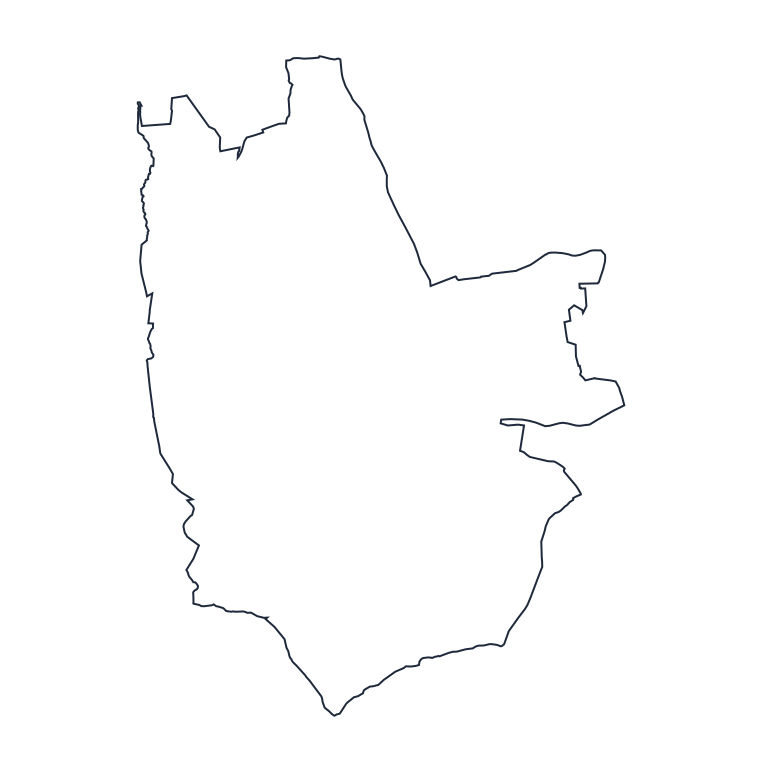 Voila, Brasov, Romania, rotated 178°
{"feature_id": "2599482B13078719041336", "entity_name": "Voila", "entity_type": "district", "adm_level": 2, "iso_a3": "ROU", "parent_name": "Romania", "parent_adm1": "Brasov", "projection": "albers", "projection_center": [24.863, 45.81], "detail": "fine", "context": "isolated", "style": "outline", "palette": "slate", "viewbox_px": 768, "rotation_deg": 178, "n_neighbors": 0, "source": "geoboundaries", "source_scale": "gbopen_adm2", "svg_char_len": 6140}
<svg xmlns="http://www.w3.org/2000/svg" viewBox="0 0 768 768"><g transform="rotate(178 384 384)"><path d="M573.6,678.7L585.9,677.1L587.0,666.0L586.3,664.6L587.8,654.9L588.6,651.4L616.9,650.3L618.2,659.1L618.4,662.8L618.1,663.7L618.2,665.5L617.7,670.0L618.4,670.0L618.5,670.2L618.0,670.8L616.7,670.7L618.4,674.1L620.2,674.0L620.3,672.7L619.1,670.7L619.3,669.8L619.8,669.1L620.1,667.5L619.5,665.7L620.2,664.8L620.4,662.1L620.5,655.3L621.1,650.6L621.2,646.0L620.5,643.7L615.8,640.5L615.4,638.0L611.5,633.3L610.7,630.8L610.7,629.3L611.3,628.4L611.3,627.2L609.8,625.6L608.3,624.6L608.2,623.8L608.5,621.2L608.1,619.7L606.3,617.5L606.8,610.3L607.2,609.8L608.6,610.3L609.4,609.8L609.5,609.3L610.2,607.8L610.5,606.2L610.5,604.6L610.1,603.4L610.2,602.9L610.5,602.2L611.6,602.2L611.9,601.6L612.1,600.4L612.6,599.0L612.5,597.0L613.2,596.6L614.4,596.6L615.0,596.2L615.3,595.4L615.6,593.4L616.5,592.5L616.9,591.8L616.6,590.2L617.0,589.6L618.1,588.8L618.7,587.8L620.0,587.3L619.8,586.0L620.0,585.1L619.8,584.0L619.7,581.7L618.0,580.7L617.8,579.9L618.6,579.6L619.6,576.0L619.5,575.3L617.8,573.3L617.7,572.7L617.8,571.9L618.3,571.1L618.2,569.8L618.7,568.5L618.6,567.5L618.1,566.5L618.4,565.7L618.4,565.1L617.7,563.7L616.8,563.0L616.6,562.3L616.6,561.9L617.5,560.8L617.7,559.3L617.1,557.8L616.3,556.9L615.5,554.9L615.5,553.2L616.3,550.8L616.3,550.1L615.4,549.0L615.0,547.5L613.9,545.7L614.1,544.9L614.9,544.0L614.8,542.3L615.0,541.5L615.5,540.8L615.6,538.6L616.0,537.6L616.0,535.8L621.4,531.7L623.4,515.4L622.5,502.8L618.6,484.6L617.8,479.9L612.4,482.7L615.6,465.6L615.6,464.3L617.4,452.9L612.7,452.5L613.0,447.8L614.2,447.0L615.2,445.3L616.1,443.4L617.6,439.1L618.3,438.0L618.3,437.0L617.3,434.3L617.0,433.1L616.4,432.4L615.9,430.0L616.3,428.1L615.3,425.5L615.0,423.7L613.4,421.2L613.7,419.2L615.6,417.7L619.1,417.1L620.3,415.9L619.7,413.6L619.7,410.5L618.2,389.6L615.6,362.2L615.8,359.5L615.6,358.6L615.2,358.4L614.8,353.8L610.7,329.2L610.1,323.1L609.6,321.7L601.0,306.9L598.1,301.4L599.3,292.5L599.2,292.2L593.1,285.2L590.3,282.8L579.4,275.4L584.7,274.6L579.0,268.1L578.4,265.8L580.3,259.9L582.2,258.6L587.1,253.5L588.7,251.2L589.1,250.0L589.4,248.4L588.5,243.2L588.1,241.8L587.3,240.8L586.0,238.2L574.6,229.1L580.7,215.8L588.0,205.0L586.5,202.2L585.9,199.4L585.2,198.0L582.6,194.6L581.5,192.6L579.5,192.3L578.2,190.8L576.9,188.4L577.5,186.2L578.1,185.5L580.5,184.2L581.7,182.9L582.0,182.0L581.9,179.0L582.0,172.5L582.2,171.3L581.7,171.0L576.2,169.6L574.3,168.4L571.3,168.2L563.5,168.9L561.9,169.7L559.5,167.8L556.9,167.2L552.7,165.7L551.9,165.1L549.7,162.7L549.1,162.5L544.3,161.7L543.0,162.0L540.1,161.6L532.8,161.6L530.7,161.1L528.7,160.1L524.8,160.1L518.8,156.4L512.1,154.5L508.9,154.6L510.5,153.2L501.8,144.9L492.3,132.4L490.7,124.0L489.0,120.4L488.0,115.3L487.0,113.0L486.1,112.0L485.6,110.6L484.8,109.3L481.1,105.4L472.9,95.6L471.8,93.8L468.7,90.1L457.5,74.0L456.8,71.7L456.5,68.6L454.6,62.6L450.3,58.9L447.2,55.6L445.1,54.2L442.8,55.4L439.7,56.1L432.9,65.8L431.7,66.9L425.0,72.0L420.9,72.9L415.8,75.7L415.1,78.0L414.6,78.7L413.5,79.5L408.6,82.1L405.3,82.3L400.1,83.5L394.7,88.2L382.9,96.0L374.1,99.5L372.0,101.1L367.1,100.7L362.4,101.1L358.9,101.9L358.2,105.4L356.5,107.6L355.5,108.3L354.2,108.8L349.6,109.2L346.5,108.9L345.5,108.5L342.4,109.7L340.9,109.8L339.3,110.3L338.1,109.9L328.8,113.0L324.5,114.0L320.4,114.0L311.8,116.0L304.5,116.7L301.6,118.4L299.0,119.2L293.2,119.2L287.8,120.3L285.7,120.3L281.0,119.5L279.0,118.9L277.2,118.0L276.2,117.8L275.2,118.1L273.0,119.8L267.9,132.7L258.1,145.5L251.2,153.9L248.5,157.9L245.1,165.2L236.3,186.3L232.2,195.8L232.2,201.8L232.4,205.3L232.3,221.1L228.7,231.1L227.3,236.2L224.2,242.8L223.3,244.0L217.6,248.9L213.9,250.0L211.7,251.4L207.4,255.3L205.3,256.6L202.6,259.4L199.0,261.6L198.9,262.2L199.1,262.8L199.0,263.3L196.1,264.8L191.1,266.7L191.1,267.2L191.6,268.4L194.0,272.9L196.0,276.0L207.0,290.0L207.2,290.8L207.1,291.8L206.5,292.7L206.4,293.1L207.0,293.9L209.2,295.8L214.4,299.4L216.7,300.6L222.7,301.1L240.8,306.0L243.5,308.1L246.8,311.1L250.4,312.5L245.5,337.7L251.5,338.7L261.7,338.2L268.8,340.6L268.1,344.3L258.8,344.5L247.0,343.6L240.4,342.2L233.7,340.2L224.3,336.2L219.8,336.5L210.6,338.6L206.5,339.0L201.6,338.1L193.6,335.8L190.0,335.4L179.9,336.3L171.4,341.1L155.5,349.4L144.6,354.3L146.5,362.9L148.3,368.4L149.1,371.9L152.4,378.4L157.1,379.6L173.1,382.2L173.2,382.5L182.6,380.6L184.5,383.1L187.7,386.5L186.6,389.4L187.8,395.4L189.0,395.2L191.2,404.9L191.1,416.6L199.0,419.5L199.8,424.4L201.5,439.5L195.5,440.7L196.6,451.8L191.2,456.0L183.0,450.8L182.9,448.7L182.7,447.9L179.0,454.7L179.6,472.5L183.8,472.5L183.9,473.2L185.1,473.2L185.2,477.4L166.9,477.1L166.4,477.9L165.8,478.1L160.9,491.3L158.9,498.6L158.5,502.4L158.6,505.3L162.3,509.9L169.8,510.3L173.3,509.9L177.8,508.1L183.6,506.2L188.3,505.5L191.5,505.8L195.2,507.2L201.3,508.6L207.5,509.3L211.7,509.5L215.0,509.2L217.6,507.7L218.0,507.8L230.2,499.9L233.6,497.9L246.9,493.0L247.5,492.5L272.2,490.5L275.3,488.5L283.3,487.9L283.5,487.4L284.5,487.1L300.4,485.9L305.9,485.2L307.6,486.8L308.0,488.4L308.8,489.0L334.0,480.3L334.4,486.0L338.5,494.2L343.2,502.9L346.3,514.5L349.2,523.1L357.4,540.3L363.2,551.9L367.7,562.0L373.3,575.4L374.3,581.4L374.1,588.2L373.8,592.2L376.4,599.5L379.5,606.5L385.5,617.7L387.7,622.1L388.2,623.6L388.7,626.3L390.0,631.0L391.0,636.0L394.4,648.7L394.2,652.4L395.4,655.1L397.7,659.4L405.4,669.4L407.0,673.3L411.6,682.0L412.5,684.2L414.6,691.2L415.1,694.0L415.5,697.4L416.3,709.9L418.0,710.7L419.1,710.8L421.5,710.1L422.4,710.1L426.8,711.0L434.8,713.4L437.1,713.8L437.8,712.5L443.5,712.1L452.6,711.9L458.0,712.7L461.9,712.8L463.8,712.6L465.2,711.6L467.0,710.8L470.4,710.7L470.8,704.1L468.6,697.9L468.2,691.9L468.7,690.6L467.7,688.2L466.1,687.4L465.0,686.1L465.9,684.6L467.2,680.9L467.3,677.8L469.4,672.6L469.0,658.6L469.4,655.5L471.4,653.6L472.5,650.2L472.9,647.9L479.9,647.7L486.4,645.7L496.7,642.3L495.9,639.6L505.6,636.8L512.6,635.1L514.6,632.1L515.3,630.7L517.6,623.3L518.4,621.4L520.9,616.9L522.3,615.2L522.1,616.7L522.1,619.0L521.4,621.3L520.7,621.9L520.0,625.5L539.4,622.3L539.9,626.0L539.1,636.1L544.4,644.4L549.9,647.2L571.2,679.3L573.6,678.7Z" fill="none" stroke="#1e293b" stroke-width="2"/></g></svg>